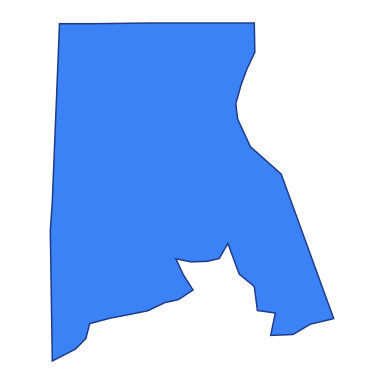 São Vendelino, Rio Grande do Sul, Brazil
{"feature_id": "56859067B53774247031455", "entity_name": "São Vendelino", "entity_type": "district", "adm_level": 2, "iso_a3": "BRA", "parent_name": "Brazil", "parent_adm1": "Rio Grande do Sul", "projection": "natural_earth1", "projection_center": [-51.365, -29.385], "detail": "fine", "context": "isolated", "style": "filled", "palette": "blue", "viewbox_px": 384, "rotation_deg": 0, "n_neighbors": 0, "source": "geoboundaries", "source_scale": "gbopen_adm2", "svg_char_len": 583}
<svg xmlns="http://www.w3.org/2000/svg" viewBox="0 0 384 384"><path d="M239.7,23.0L151.0,23.0L92.3,23.7L59.5,23.7L52.3,201.8L50.3,230.8L52.3,361.0L75.4,349.1L85.9,338.5L89.7,323.6L110.8,318.0L128.7,314.6L147.7,310.8L164.6,302.7L178.4,299.6L193.0,290.0L183.3,274.7L175.9,258.8L191.0,261.9L207.4,261.3L219.2,258.5L227.9,243.5L239.2,274.1L254.3,286.5L257.4,310.5L275.3,313.0L270.7,335.4L293.0,334.5L310.2,324.2L333.7,318.6L281.2,174.1L250.4,146.7L237.6,119.0L235.8,103.7L241.2,84.4L246.9,69.1L254.8,52.3L254.3,23.0L239.7,23.0Z" fill="#3b82f6" stroke="#1e3a8a" stroke-width="1.5"/></svg>